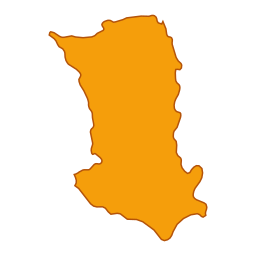 the Metropolitan department of Deux-Sèvres
{"feature_id": "FRA-5285", "entity_name": "Deux-Sèvres", "entity_type": "Metropolitan department", "adm_level": 1, "iso_a3": "FRA", "parent_name": "France", "parent_adm1": "", "projection": "albers", "projection_center": [-0.346, 46.535], "detail": "fine", "context": "isolated", "style": "filled", "palette": "amber", "viewbox_px": 256, "rotation_deg": 0, "n_neighbors": 0, "source": "natural_earth", "source_scale": "10m", "svg_char_len": 2658}
<svg xmlns="http://www.w3.org/2000/svg" viewBox="0 0 256 256"><path d="M96.8,206.9L93.6,206.1L90.6,203.8L78.7,188.5L74.9,185.7L76.2,183.1L76.3,180.3L75.5,177.5L74.2,174.5L75.9,174.0L78.0,172.9L79.0,172.1L82.7,170.1L84.1,169.8L88.1,169.8L89.0,169.7L90.0,169.1L94.2,164.5L95.4,163.8L96.6,163.7L97.8,163.8L98.9,164.0L99.6,163.9L100.6,163.5L101.6,162.4L102.0,161.0L101.6,159.4L100.1,157.5L95.4,153.7L94.4,153.6L93.6,154.1L92.6,154.3L91.7,153.2L91.2,150.4L91.4,148.3L92.4,145.2L92.7,144.0L92.6,142.7L90.4,132.0L90.8,130.0L91.7,128.7L92.7,127.9L93.4,126.8L93.8,125.5L93.6,123.6L92.5,117.8L92.3,113.7L92.0,112.3L91.1,110.7L89.5,108.6L88.8,106.6L88.5,104.9L88.6,103.5L88.5,102.1L88.1,100.5L87.5,98.5L83.9,90.8L80.2,84.9L79.1,81.6L78.9,79.4L80.3,76.8L80.7,75.7L80.8,74.8L80.4,73.6L79.2,71.9L76.3,69.2L68.4,64.2L67.2,62.6L66.0,60.5L65.1,57.1L64.9,53.1L64.4,51.3L62.7,48.8L59.1,46.7L57.7,44.6L56.0,40.9L54.2,38.7L49.2,35.0L49.6,33.8L49.6,33.3L49.9,32.5L50.7,31.8L52.7,32.3L54.2,32.8L59.5,36.3L60.8,36.9L62.1,37.3L64.0,37.3L71.7,35.9L75.6,37.0L83.1,37.7L91.8,36.9L94.3,35.9L95.0,35.5L97.3,33.3L103.2,30.4L103.8,29.4L103.7,28.2L102.2,25.8L101.9,24.5L102.4,23.3L103.5,22.1L104.7,21.4L107.5,20.4L108.9,20.3L110.4,20.5L113.5,22.2L115.4,21.9L123.0,19.6L126.6,17.9L141.1,16.1L149.0,16.3L151.6,15.5L153.1,15.4L154.5,15.8L156.1,17.2L156.8,19.0L157.0,20.6L157.6,21.9L158.3,22.9L161.7,24.0L162.9,21.5L165.9,28.8L166.7,34.4L167.5,36.0L168.4,36.7L170.6,37.2L171.6,37.9L172.3,39.5L172.3,41.0L172.1,42.6L172.2,44.4L176.1,57.4L178.2,60.9L181.0,63.5L181.7,65.1L181.4,68.0L179.8,69.7L177.6,69.3L175.7,69.5L175.3,72.8L175.5,78.2L175.8,80.8L176.9,82.8L179.0,84.7L179.7,86.0L179.9,87.9L179.6,90.0L178.3,94.5L175.9,98.7L174.7,101.7L174.1,105.1L174.4,108.4L175.0,109.7L175.8,110.8L176.7,111.6L180.0,112.7L180.7,113.7L180.8,115.7L180.5,117.4L177.1,127.3L174.1,131.1L173.5,132.8L173.3,135.4L173.3,136.8L173.6,138.0L174.2,139.1L175.6,140.6L176.2,141.5L176.7,145.1L176.3,152.5L177.8,155.6L180.5,157.9L181.1,159.1L181.3,160.4L181.0,164.4L182.0,167.7L184.6,171.2L187.5,173.4L189.8,172.6L191.6,169.6L193.8,167.2L196.3,165.7L199.0,165.8L201.9,168.5L202.6,172.9L201.8,177.7L199.9,181.6L195.0,188.4L193.8,191.2L193.2,194.0L193.2,195.6L193.5,196.9L194.7,198.5L196.4,199.7L204.1,202.9L206.0,204.3L206.8,207.2L206.5,209.2L205.8,211.2L205.4,213.2L205.8,215.4L203.1,217.1L201.4,216.4L199.7,214.7L197.3,213.7L190.8,214.8L183.5,218.5L177.1,224.3L173.1,231.6L171.7,235.4L170.0,238.0L167.6,239.7L164.4,240.6L161.4,239.4L154.0,230.0L142.7,221.7L136.6,219.5L127.3,219.2L120.3,213.8L117.2,213.3L110.9,214.2L108.2,211.8L105.4,208.2L102.6,206.8L96.8,206.9Z" fill="#f59e0b" stroke="#b45309" stroke-width="1.5"/></svg>